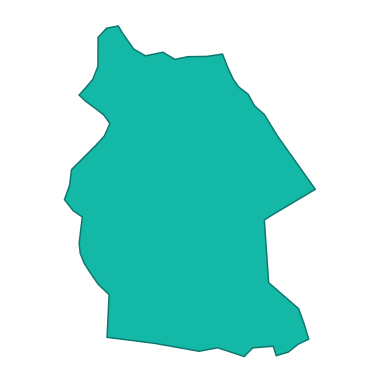 the district of Tupandi, Rio Grande do Sul, Brazil, rotated 184°
{"feature_id": "56859067B43704849668699", "entity_name": "Tupandi", "entity_type": "district", "adm_level": 2, "iso_a3": "BRA", "parent_name": "Brazil", "parent_adm1": "Rio Grande do Sul", "projection": "robinson", "projection_center": [-51.422, -29.478], "detail": "fine", "context": "isolated", "style": "filled", "palette": "teal", "viewbox_px": 384, "rotation_deg": 184, "n_neighbors": 0, "source": "geoboundaries", "source_scale": "gbopen_adm2", "svg_char_len": 867}
<svg xmlns="http://www.w3.org/2000/svg" viewBox="0 0 384 384"><g transform="rotate(184 192 192)"><path d="M173.9,33.6L155.6,38.4L145.7,35.9L128.4,31.5L120.6,40.7L100.2,43.8L96.5,34.6L84.8,39.0L75.6,47.5L65.3,53.4L71.2,68.8L77.5,83.0L109.2,106.9L117.9,169.1L110.1,174.9L69.2,203.3L110.7,253.9L125.2,274.3L135.6,282.3L142.9,293.5L153.0,300.2L158.8,307.5L164.7,318.1L171.2,331.7L186.6,328.3L205.6,326.7L218.3,323.1L230.7,329.4L247.9,324.6L260.2,330.6L271.9,345.0L277.1,352.5L288.7,349.4L296.5,339.6L295.6,325.8L294.6,310.8L298.8,297.5L305.6,288.3L311.4,280.8L304.3,275.0L294.6,268.9L285.2,262.5L278.7,254.5L283.3,241.8L291.4,231.6L313.7,206.0L314.6,190.3L318.7,175.5L309.3,165.1L299.7,159.5L300.3,147.0L301.0,133.2L299.2,123.0L294.6,113.4L287.3,103.6L278.8,93.0L267.5,83.8L266.6,41.1L218.5,38.4L173.9,33.6Z" fill="#14b8a6" stroke="#0f766e" stroke-width="1.5"/></g></svg>